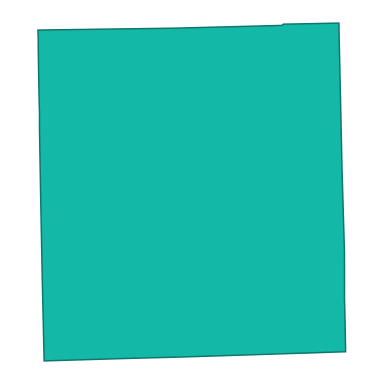 Sumner, Kansas, United States of America (orthographic projection), rotated 89°
{"feature_id": "52423323B29617609063992", "entity_name": "Sumner", "entity_type": "district", "adm_level": 2, "iso_a3": "USA", "parent_name": "United States of America", "parent_adm1": "Kansas", "projection": "orthographic", "projection_center": [-97.506, 37.238], "detail": "fine", "context": "isolated", "style": "filled", "palette": "teal", "viewbox_px": 384, "rotation_deg": 89, "n_neighbors": 0, "source": "geoboundaries", "source_scale": "gbopen_adm2", "svg_char_len": 525}
<svg xmlns="http://www.w3.org/2000/svg" viewBox="0 0 384 384"><g transform="rotate(89 192 192)"><path d="M199.3,343.4L238.4,343.3L244.7,343.3L280.9,343.2L358.3,342.8L357.3,260.9L356.8,205.2L356.0,150.0L354.4,41.2L326.8,41.2L300.4,41.4L291.7,41.2L255.2,40.6L172.8,41.6L25.7,42.2L25.8,97.8L27.0,99.2L27.9,207.8L27.4,343.2L36.9,343.1L44.4,343.2L80.6,343.3L104.1,343.2L110.9,343.1L126.4,343.4L147.6,343.4L156.7,343.4L157.0,343.4L166.4,343.4L193.9,343.4L199.3,343.4Z" fill="#14b8a6" stroke="#0f766e" stroke-width="1.5"/></g></svg>